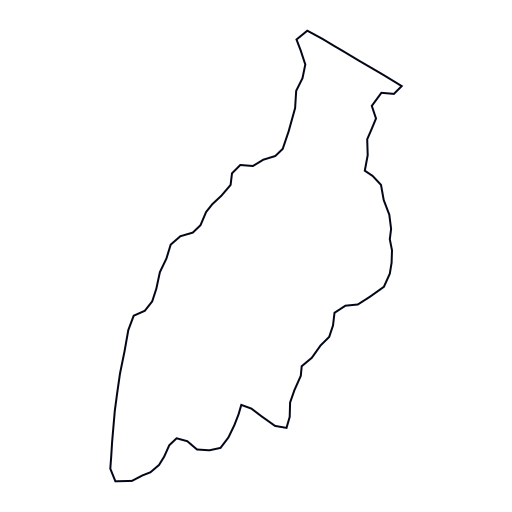 Eusébio, Ceará, Brazil
{"feature_id": "56859067B48016322735430", "entity_name": "Eusébio", "entity_type": "district", "adm_level": 2, "iso_a3": "BRA", "parent_name": "Brazil", "parent_adm1": "Ceará", "projection": "robinson", "projection_center": [-38.455, -3.87], "detail": "fine", "context": "isolated", "style": "outline", "palette": "ink", "viewbox_px": 512, "rotation_deg": 0, "n_neighbors": 0, "source": "geoboundaries", "source_scale": "gbopen_adm2", "svg_char_len": 1240}
<svg xmlns="http://www.w3.org/2000/svg" viewBox="0 0 512 512"><path d="M401.7,86.1L383.7,75.1L359.3,60.9L344.0,51.7L333.9,45.8L322.8,39.1L307.3,30.7L296.5,39.5L300.7,50.5L305.3,64.5L302.5,78.2L296.2,90.8L295.1,108.1L288.6,131.5L282.7,148.9L275.3,156.0L263.3,159.7L252.9,166.0L240.3,165.0L232.0,173.3L230.6,184.9L221.4,195.7L212.2,204.3L206.1,212.0L200.5,225.2L192.8,232.6L180.4,236.2L170.7,244.6L166.4,258.6L159.9,272.1L156.3,288.8L152.2,301.4L144.8,310.8L133.7,315.7L128.3,330.1L124.5,351.5L120.0,373.5L117.2,392.9L114.8,410.8L112.1,442.0L111.2,456.6L110.3,468.7L115.4,481.3L131.9,480.9L142.5,475.4L150.4,472.3L159.0,465.0L164.2,456.6L169.3,445.2L176.6,438.3L187.3,441.2L197.0,449.5L209.4,450.3L220.5,447.9L228.4,437.5L234.3,425.3L238.5,414.5L241.3,404.9L251.4,408.6L261.5,416.3L275.0,425.9L286.5,427.9L289.7,416.9L290.1,402.5L294.4,390.2L300.8,375.8L301.7,366.2L311.8,357.8L320.6,345.4L329.2,336.9L333.0,325.5L334.5,312.8L345.4,305.7L357.8,304.5L370.0,296.7L383.9,286.8L389.8,273.7L391.6,262.7L392.0,250.3L389.8,239.3L391.1,228.9L389.3,214.7L383.7,200.0L381.0,184.9L372.7,176.0L364.8,170.7L367.7,155.2L367.2,139.3L371.7,128.9L376.0,118.5L371.8,105.9L381.4,92.8L393.9,93.9L401.7,86.1Z" fill="none" stroke="#020617" stroke-width="2"/></svg>